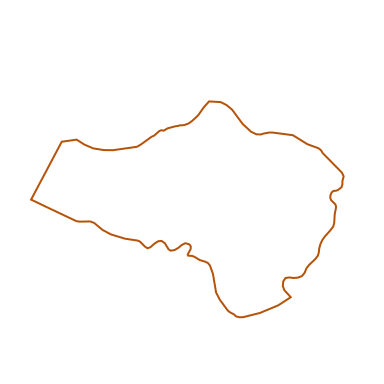 SVG path tracing the border of Sa`dah, rotated 205°
{"feature_id": "YEM-150", "entity_name": "Sa`dah", "entity_type": "Governorate", "adm_level": 1, "iso_a3": "YEM", "parent_name": "Yemen", "parent_adm1": "", "projection": "equal_earth", "projection_center": [43.78, 17.066], "detail": "fine", "context": "isolated", "style": "outline", "palette": "amber", "viewbox_px": 384, "rotation_deg": 205, "n_neighbors": 0, "source": "natural_earth", "source_scale": "10m", "svg_char_len": 1671}
<svg xmlns="http://www.w3.org/2000/svg" viewBox="0 0 384 384"><g transform="rotate(205 192 192)"><path d="M99.5,97.9L102.2,98.8L107.4,99.1L109.9,99.9L121.2,106.1L127.7,111.1L130.6,115.3L138.3,126.5L144.7,133.0L147.7,134.4L150.5,134.4L156.2,133.6L162.3,134.3L164.9,134.1L168.5,132.7L169.4,133.3L169.4,135.5L169.1,139.6L169.7,141.2L170.2,142.2L171.1,142.9L172.9,143.4L176.5,142.7L178.9,139.6L180.8,135.6L183.2,132.1L186.5,129.8L189.1,130.2L194.9,134.1L198.9,134.8L201.8,133.1L204.2,129.4L206.4,124.3L208.6,122.2L211.8,122.7L218.2,125.1L221.1,124.9L232.9,121.4L247.7,119.3L257.0,119.8L267.5,122.6L271.8,122.3L281.4,117.6L284.7,116.7L315.7,116.9L334.6,117.1L331.3,182.5L318.7,190.7L309.7,189.5L299.9,189.8L289.7,192.7L281.3,196.5L261.0,209.7L258.3,213.6L252.1,224.8L250.1,227.2L247.4,233.4L245.8,235.1L243.6,235.6L240.9,239.5L234.5,244.8L232.3,246.2L231.1,247.4L229.4,248.1L227.3,249.4L224.0,252.7L222.0,256.3L218.9,263.8L217.0,274.2L214.8,281.3L204.0,285.6L197.4,285.4L190.5,283.6L174.9,275.1L164.0,271.6L158.0,271.5L154.0,273.2L151.8,275.2L147.5,278.3L144.5,279.8L124.6,286.1L107.6,284.1L96.0,285.1L92.8,284.4L90.0,282.5L64.3,272.9L61.2,270.3L60.3,265.5L58.9,262.4L58.5,259.5L60.7,255.3L62.1,254.0L63.5,253.2L64.7,252.1L65.3,249.9L65.1,247.3L64.1,245.0L62.5,243.4L56.9,241.4L55.1,239.5L53.2,232.0L50.0,224.0L49.4,220.5L50.5,215.4L52.9,207.4L53.6,203.5L53.6,199.0L52.8,194.5L51.6,191.0L51.0,187.7L51.9,183.4L55.1,175.3L56.0,171.1L55.8,166.4L56.8,162.3L59.9,159.1L64.0,156.8L67.5,155.8L70.9,153.6L71.5,149.5L69.9,145.1L66.9,142.1L58.1,138.4L58.6,137.5L65.9,125.8L79.3,111.1L85.2,106.3L92.7,100.2L96.1,98.5L99.5,97.9Z" fill="none" stroke="#b45309" stroke-width="2"/></g></svg>